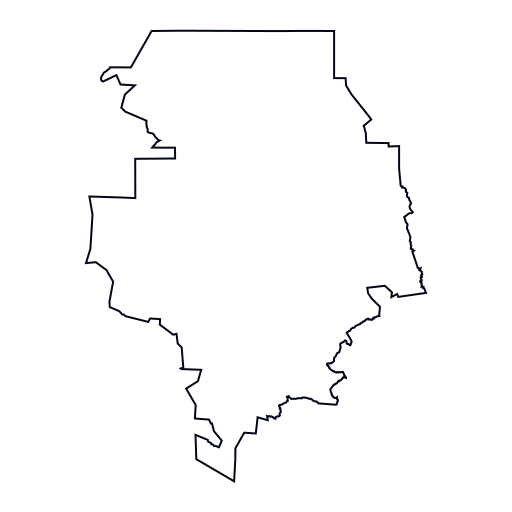 outline of Janos, Chihuahua, Mexico
{"feature_id": "50627088B67966039519122", "entity_name": "Janos", "entity_type": "district", "adm_level": 2, "iso_a3": "MEX", "parent_name": "Mexico", "parent_adm1": "Chihuahua", "projection": "albers", "projection_center": [-108.251, 30.757], "detail": "fine", "context": "isolated", "style": "outline", "palette": "ink", "viewbox_px": 512, "rotation_deg": 0, "n_neighbors": 0, "source": "geoboundaries", "source_scale": "gbopen_adm2", "svg_char_len": 6051}
<svg xmlns="http://www.w3.org/2000/svg" viewBox="0 0 512 512"><path d="M398.2,296.9L426.0,292.9L424.2,288.3L423.0,288.1L423.3,286.7L421.5,286.8L421.9,285.3L421.5,284.3L421.6,282.9L421.6,282.7L420.9,282.6L420.1,281.5L420.4,281.0L421.3,281.0L421.7,280.4L421.6,279.6L420.8,278.9L420.9,278.2L420.7,277.9L421.0,277.5L421.9,277.1L421.9,276.8L421.1,276.2L421.2,275.0L422.0,274.8L422.3,274.4L422.3,273.9L421.7,273.0L421.9,271.9L421.4,271.6L420.7,270.6L419.9,270.5L419.3,270.1L419.5,269.6L420.3,268.9L420.5,268.2L420.1,268.4L418.8,268.5L417.6,267.7L417.7,267.4L412.4,251.9L413.6,250.9L412.8,250.8L413.0,250.0L412.5,249.2L411.3,249.3L410.8,248.8L410.8,247.7L411.3,245.9L410.6,244.3L410.6,243.6L411.0,242.8L410.3,241.6L409.8,241.2L410.4,237.2L408.8,232.7L408.3,231.9L408.0,230.6L407.0,228.8L407.1,226.5L407.5,225.5L407.4,225.0L407.5,224.2L407.0,223.4L406.1,222.5L404.9,219.3L404.7,218.0L404.2,217.4L404.2,217.0L404.7,216.4L405.4,216.2L407.2,214.9L407.5,214.4L409.2,213.4L409.6,213.2L410.2,213.3L411.6,213.1L412.8,212.5L413.4,212.7L412.2,211.6L410.1,208.8L409.9,208.4L409.6,206.6L409.8,205.2L410.9,203.9L411.0,203.0L410.5,202.4L410.3,201.2L409.2,199.8L409.1,198.1L408.7,197.6L407.6,197.2L407.0,196.3L406.9,195.9L407.3,192.8L406.1,192.0L405.9,191.4L406.1,190.6L405.7,190.0L405.9,189.7L405.8,189.1L404.8,188.1L403.3,187.5L402.3,187.6L402.3,186.5L401.3,186.3L400.7,185.9L399.1,168.4L399.1,146.1L388.6,146.5L388.6,143.1L366.3,142.8L365.8,133.2L364.4,127.8L363.7,125.8L371.2,119.6L369.3,116.8L351.5,94.4L346.1,85.6L345.6,78.1L334.1,78.1L334.1,31.0L302.0,30.9L280.1,31.1L181.1,30.7L151.6,31.0L130.9,67.4L110.1,67.3L109.4,68.6L105.5,71.7L103.9,72.6L101.2,77.2L101.0,79.3L101.2,80.0L102.2,81.2L103.1,81.5L116.4,75.1L120.5,84.5L134.9,85.4L124.9,94.5L121.3,107.7L125.4,111.7L146.5,120.7L146.3,122.8L146.5,124.5L146.4,124.7L146.8,125.8L146.6,126.7L147.1,128.0L147.6,128.8L147.7,130.1L147.5,131.6L147.7,132.0L148.5,132.5L152.9,133.6L154.0,134.7L154.9,136.3L156.4,138.1L157.3,138.9L158.2,139.9L159.0,140.3L159.8,140.5L156.4,142.4L155.1,144.4L153.4,146.1L152.2,147.6L175.0,147.7L175.1,158.5L135.2,158.8L135.3,198.1L121.6,197.5L89.4,196.5L92.5,214.7L90.4,248.8L86.0,263.1L95.8,262.2L106.5,270.1L113.2,281.8L112.5,285.1L109.4,301.9L109.8,307.1L119.3,311.2L122.3,314.5L124.0,314.6L125.2,316.1L148.2,321.9L150.1,318.5L160.1,319.1L159.8,324.6L173.2,334.7L176.5,333.8L177.7,343.5L181.7,347.5L183.3,367.7L180.7,368.5L181.2,368.9L182.0,369.1L201.2,369.8L197.9,381.2L186.1,388.6L195.7,405.0L194.9,418.5L209.1,419.6L210.8,423.5L212.0,423.4L213.9,431.1L221.8,440.7L218.9,447.3L215.8,446.0L214.1,446.1L213.3,444.8L211.4,444.3L211.3,443.3L208.0,441.5L207.8,439.9L195.5,434.9L196.3,459.2L234.1,481.3L235.3,459.7L235.4,448.3L244.2,432.7L255.8,433.5L257.6,417.3L267.7,420.2L267.1,416.1L268.4,416.5L268.6,416.2L269.5,416.2L270.5,416.7L270.7,416.3L271.0,416.3L272.2,416.7L272.7,417.3L273.4,417.4L273.5,417.7L274.0,417.9L274.2,418.4L275.4,418.8L275.6,418.4L275.5,417.5L276.0,416.9L277.5,416.3L278.0,416.5L279.0,416.2L279.6,415.8L279.9,415.1L279.5,414.4L279.7,413.7L279.9,413.0L281.0,411.7L280.9,411.2L280.6,410.9L280.4,410.4L280.5,409.8L280.1,409.1L280.5,409.1L280.5,408.9L280.3,408.7L280.1,407.8L279.7,407.4L279.7,407.0L279.0,406.1L279.0,405.8L279.3,405.7L279.6,405.0L282.1,404.5L283.9,403.2L284.7,403.0L286.1,402.5L287.1,401.0L287.8,400.8L287.6,400.3L287.5,399.6L287.8,397.9L287.0,397.2L286.9,396.9L288.6,396.1L289.0,396.9L289.3,397.2L290.6,398.1L291.0,398.7L292.0,399.0L294.3,398.6L295.0,398.9L295.9,398.9L296.5,398.5L297.3,398.5L298.1,398.1L298.9,398.1L299.7,398.4L300.5,398.1L301.9,398.3L302.5,397.5L303.6,397.5L304.2,397.7L304.7,397.5L306.4,397.8L307.0,398.1L307.6,398.1L309.0,398.8L310.5,398.7L310.8,399.0L312.1,399.5L312.6,400.3L314.2,401.2L314.9,401.4L315.8,401.3L316.5,401.5L317.5,402.4L318.2,402.8L318.3,403.3L318.6,403.4L335.5,404.7L336.7,404.4L336.8,403.0L337.6,401.8L337.5,400.9L337.9,400.3L337.7,399.7L337.3,398.9L337.1,398.9L337.1,398.2L336.5,397.9L336.6,397.5L335.8,398.1L334.6,397.9L333.4,397.2L333.5,397.0L332.4,395.6L332.2,395.7L331.7,394.7L331.8,393.8L330.8,392.0L330.4,389.4L330.6,389.0L333.3,385.3L333.6,385.3L334.1,384.5L335.2,384.3L335.6,383.6L336.0,383.7L337.0,383.3L337.1,382.9L337.9,381.9L337.9,381.7L338.8,381.4L338.7,381.1L339.0,381.1L339.2,380.7L339.7,380.8L340.2,380.3L341.3,379.8L342.1,378.7L342.3,378.7L342.8,378.1L342.8,377.8L343.1,377.4L345.1,377.5L346.0,377.8L346.0,377.5L344.9,375.9L344.3,375.6L344.3,375.1L344.1,374.4L343.0,372.0L342.5,372.2L341.8,372.0L340.3,372.3L339.4,372.1L338.8,372.5L338.1,372.3L337.8,372.4L337.3,372.1L336.9,372.5L336.5,372.6L336.0,372.4L335.9,372.1L335.2,372.1L334.3,371.6L334.1,371.6L334.0,371.3L333.6,371.4L333.5,371.1L332.7,371.0L332.0,370.3L330.4,369.4L329.8,368.7L329.3,368.0L329.4,367.3L328.6,366.6L328.4,366.0L327.9,365.9L327.8,365.5L327.1,365.0L327.0,364.4L327.1,363.8L327.7,363.7L327.8,363.4L329.0,363.3L329.6,363.5L330.7,363.1L330.9,363.3L331.4,363.2L334.0,361.2L334.1,360.9L334.0,359.9L334.1,358.2L334.3,357.7L335.6,356.4L336.6,354.1L337.0,353.8L337.3,353.0L339.1,352.3L339.7,350.7L339.9,349.6L340.7,347.4L340.2,345.9L340.4,345.4L340.2,344.7L340.3,343.9L340.5,343.5L341.3,342.9L342.2,342.7L344.2,341.4L344.9,340.5L345.3,340.4L346.3,340.9L346.7,343.0L346.6,343.5L346.9,343.8L347.5,343.8L348.6,344.2L349.3,344.6L349.5,345.2L350.0,345.3L350.5,345.0L350.8,344.2L351.0,342.8L351.6,342.2L351.5,341.0L351.2,340.7L350.3,338.7L346.7,332.9L346.6,332.7L347.4,332.0L348.2,331.8L348.3,331.5L348.7,331.2L349.9,330.8L350.9,329.2L352.0,328.3L352.5,328.1L352.8,327.7L354.0,327.7L354.5,327.5L355.6,325.9L356.1,325.8L358.5,324.6L359.2,324.5L359.5,324.1L360.3,324.0L360.6,323.2L361.2,322.8L362.0,322.6L362.6,322.3L362.9,321.6L363.7,321.6L364.5,320.8L365.3,320.6L365.8,319.5L366.0,319.4L366.8,319.4L368.0,318.6L368.5,319.5L369.7,319.4L370.1,319.7L370.9,319.3L371.9,319.9L372.7,319.0L374.3,318.4L374.3,318.1L373.7,317.7L374.5,317.2L375.3,317.2L377.7,316.2L379.4,316.1L379.2,314.4L380.0,306.8L372.0,298.9L368.2,293.5L367.2,287.8L384.8,285.8L391.9,292.2L391.4,297.1L397.1,294.0L398.2,296.9Z" fill="none" stroke="#020617" stroke-width="2"/></svg>